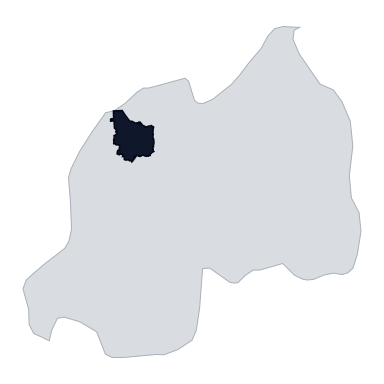 location of Nyabihu, Western, Rwanda
{"feature_id": "39286606B61881490568352", "entity_name": "Nyabihu", "entity_type": "district", "adm_level": 2, "iso_a3": "RWA", "parent_name": "Rwanda", "parent_adm1": "Western", "projection": "robinson", "projection_center": [29.504, -1.642], "detail": "fine", "context": "in_parent", "style": "filled", "palette": "ink", "viewbox_px": 384, "rotation_deg": 0, "n_neighbors": 0, "source": "geoboundaries", "source_scale": "gbopen_adm2", "svg_char_len": 6212}
<svg xmlns="http://www.w3.org/2000/svg" viewBox="0 0 384 384"><path d="M143.4,88.1L148.9,88.0L185.0,78.2L188.6,81.2L194.4,100.2L197.5,103.0L202.6,103.7L212.7,99.3L231.3,84.5L239.4,75.4L248.9,62.8L261.1,48.5L267.9,36.0L274.6,28.7L283.3,26.5L292.9,27.1L299.6,27.3L294.1,30.3L293.0,39.4L299.3,54.0L320.1,84.2L333.2,89.8L341.9,101.5L350.3,121.3L352.8,146.1L349.3,175.9L351.4,198.0L359.0,212.5L361.0,231.3L357.3,254.5L352.9,268.3L347.7,272.9L341.9,274.6L333.9,273.1L324.1,275.0L313.5,279.4L306.9,280.0L302.8,279.2L294.9,275.5L282.6,263.5L259.6,270.1L253.4,270.0L244.9,275.7L238.0,282.6L233.9,283.1L229.6,282.2L209.8,268.1L202.6,268.5L199.6,308.2L196.3,330.2L192.2,340.0L178.0,349.5L163.7,354.8L155.9,354.5L124.5,357.4L112.2,357.5L105.4,354.2L96.6,331.8L79.9,321.8L64.0,317.1L57.4,318.4L51.7,330.2L49.3,340.7L33.8,333.5L29.1,324.6L28.7,309.5L23.0,288.9L26.2,280.1L32.3,274.4L45.1,263.5L64.7,248.4L68.9,241.2L71.6,229.2L70.4,201.2L68.5,177.7L70.8,169.3L79.8,151.1L91.7,132.4L105.7,112.7L114.1,110.8L125.2,103.3L136.9,92.3L143.4,88.1Z" fill="#d9dde1" stroke="#a8b0b8" stroke-width="1"/><path d="M119.6,154.6L120.5,154.0L120.9,154.0L121.1,154.2L121.3,154.1L121.5,154.3L121.7,154.1L122.1,154.1L122.3,154.0L122.5,154.0L122.7,154.3L123.2,154.7L123.2,154.9L123.0,155.2L122.7,155.6L122.7,156.0L122.6,156.3L122.8,156.2L123.0,156.1L123.3,156.1L123.5,156.4L123.6,156.7L123.9,156.9L124.0,156.9L124.2,157.3L124.3,157.6L124.2,157.9L124.4,158.6L124.2,159.2L124.3,159.4L124.9,159.9L125.3,159.9L125.6,160.0L125.7,159.9L126.0,159.8L126.4,160.0L126.5,159.9L126.8,159.9L127.0,160.0L127.6,159.8L127.8,159.9L128.1,160.0L128.5,160.0L128.8,160.1L128.9,160.3L128.9,160.2L129.2,160.6L129.5,160.6L129.7,160.8L129.9,160.7L130.0,160.7L130.5,160.7L130.9,160.6L131.1,160.6L131.1,160.9L131.3,161.1L131.5,161.3L131.8,161.9L132.0,161.6L132.5,161.4L132.6,160.9L132.7,160.7L132.8,160.7L133.0,160.1L133.4,160.0L133.5,160.0L133.7,159.8L133.8,159.1L134.1,158.6L134.3,158.6L134.2,158.4L134.2,158.2L134.4,158.1L134.5,158.1L134.6,157.7L134.5,156.9L134.6,157.0L134.8,156.9L135.0,156.9L135.2,157.2L135.3,157.0L135.5,157.1L135.7,156.8L135.8,156.7L136.0,156.6L136.0,156.2L136.1,155.9L136.3,155.6L136.7,155.6L136.8,155.5L136.8,155.2L137.1,155.1L137.4,155.3L137.8,155.5L138.4,156.2L138.8,156.2L139.3,156.3L139.6,156.4L140.0,156.5L140.3,156.2L141.1,156.1L141.4,155.8L141.4,155.7L141.6,155.6L142.1,155.5L142.4,155.2L142.8,155.1L143.1,155.1L143.5,155.1L143.9,155.5L144.0,155.6L144.7,155.8L145.2,156.2L145.3,156.2L145.6,156.2L146.3,156.3L146.7,156.1L147.0,156.1L147.3,156.2L148.1,156.1L148.4,156.2L148.5,156.2L148.8,155.9L149.1,155.4L149.5,155.6L150.0,155.5L149.9,155.3L150.1,155.2L150.1,154.9L150.3,154.9L150.3,154.7L150.3,154.4L150.0,154.2L150.1,153.9L150.3,153.9L150.6,153.8L150.9,153.5L151.2,153.4L151.4,153.1L151.6,153.0L151.7,152.6L151.8,152.6L152.0,152.4L152.3,152.3L152.4,152.1L152.6,152.0L152.8,152.1L153.0,151.8L153.4,151.6L153.8,151.5L153.5,151.1L153.2,151.0L153.2,150.7L153.2,150.2L153.1,149.8L153.2,149.5L153.2,149.3L153.0,149.1L153.1,148.7L153.1,148.3L153.0,148.0L153.1,147.7L153.0,147.4L153.1,147.2L152.8,147.2L152.7,147.0L152.8,146.9L152.7,146.7L152.9,146.6L153.0,146.3L153.5,146.3L153.4,145.7L153.5,145.5L153.6,144.9L153.7,144.5L153.8,144.1L153.9,143.6L153.8,143.3L154.0,142.9L154.0,142.7L153.8,142.5L153.8,141.9L153.9,141.6L153.8,141.3L153.9,141.1L153.8,140.4L153.8,139.8L153.7,139.6L153.7,139.4L153.6,139.1L153.6,138.8L153.3,138.4L153.0,138.5L152.9,138.3L153.0,138.1L153.0,137.7L152.9,137.6L152.9,137.4L153.0,137.2L152.9,136.8L153.0,136.5L153.0,136.3L152.9,136.1L153.0,135.9L152.9,135.6L153.0,135.5L153.0,135.2L153.3,134.4L153.2,134.3L153.0,133.8L153.1,133.7L153.0,132.7L152.9,132.3L152.9,132.0L153.0,131.7L152.9,131.6L153.0,131.4L152.9,131.0L153.1,130.5L153.1,130.3L152.9,130.1L153.3,129.1L153.3,128.5L153.3,128.0L153.2,127.8L153.5,127.7L153.6,126.9L152.7,126.5L152.2,126.7L151.9,126.3L151.7,125.7L151.4,125.5L151.0,125.5L150.9,125.7L150.8,125.8L150.3,126.1L149.6,126.1L149.4,126.3L148.7,126.0L148.3,126.1L147.8,126.3L147.5,126.6L147.4,126.8L147.1,126.8L146.6,127.1L146.3,126.8L145.9,126.8L145.7,126.7L144.9,126.8L144.9,126.5L144.7,126.4L144.7,126.2L144.2,126.1L143.9,125.8L143.3,125.7L143.2,125.6L142.8,125.3L142.4,125.3L142.3,125.2L142.2,124.7L141.9,124.3L141.9,124.1L140.5,122.6L140.5,122.8L140.3,122.7L140.1,122.9L140.0,123.2L139.9,123.1L140.0,123.7L139.8,123.9L139.5,123.8L139.3,123.7L139.2,123.3L139.1,123.2L139.0,122.4L138.7,122.2L138.2,122.9L137.6,123.0L137.3,122.8L137.0,123.1L137.0,123.5L136.6,123.3L136.5,123.0L136.4,122.9L136.1,123.0L135.5,123.1L135.3,123.0L135.0,122.8L134.0,122.4L133.8,122.2L131.9,121.2L131.7,121.5L131.2,121.4L130.8,121.5L130.4,121.4L130.1,121.2L128.8,119.9L127.9,118.7L124.6,114.2L122.2,110.5L113.4,110.9L113.6,118.7L111.2,118.8L111.2,119.4L110.6,119.4L110.6,121.2L111.8,121.1L111.8,120.7L113.0,120.6L113.4,120.9L113.5,121.2L113.6,121.6L114.8,122.6L114.1,123.7L114.1,124.0L114.1,124.4L114.3,125.0L114.4,125.4L114.4,126.2L114.3,126.3L114.3,126.7L114.4,127.3L114.4,128.1L114.5,128.2L114.7,128.4L116.4,129.7L116.0,130.1L116.2,130.7L116.3,130.9L116.5,131.0L116.5,131.3L116.7,131.6L115.8,131.9L116.0,132.4L117.0,133.9L115.7,134.8L114.0,135.6L114.2,136.5L114.2,137.0L114.0,137.7L114.1,137.9L114.1,138.5L114.0,138.8L113.9,139.4L113.6,139.6L113.9,140.2L113.9,140.6L114.1,140.7L113.7,141.1L113.8,141.7L113.8,141.9L113.9,142.2L113.7,143.0L113.6,143.5L113.7,143.8L113.9,143.9L114.3,143.6L114.5,143.6L114.9,143.7L115.1,143.6L115.4,143.8L115.5,144.3L115.7,144.6L115.9,144.6L116.3,144.9L116.7,144.6L116.9,144.7L117.4,144.7L117.6,144.9L117.9,144.8L118.1,145.0L118.3,145.1L118.6,145.0L118.8,144.9L119.0,145.0L119.5,145.5L120.0,145.9L120.0,146.2L119.8,146.2L119.7,146.4L119.8,146.6L119.6,146.8L119.5,147.2L119.4,147.3L119.3,147.9L119.2,148.0L119.2,148.3L119.3,148.6L119.8,149.2L119.6,149.5L119.7,150.1L118.8,150.3L118.7,150.2L118.2,150.1L117.7,150.5L117.6,151.0L117.4,151.4L117.5,151.6L117.5,151.9L117.6,152.1L117.4,152.2L117.4,152.3L117.1,152.9L117.4,153.1L117.2,153.2L117.1,153.5L117.2,154.0L117.4,154.0L117.4,153.9L117.5,153.9L117.5,154.0L117.8,154.2L118.0,154.4L118.4,154.5L118.6,154.4L118.8,154.5L118.8,154.4L119.0,154.4L119.1,154.7L119.4,154.7L119.5,154.7L119.6,154.6Z" fill="#0f172a" stroke="#020617" stroke-width="1.5"/></svg>